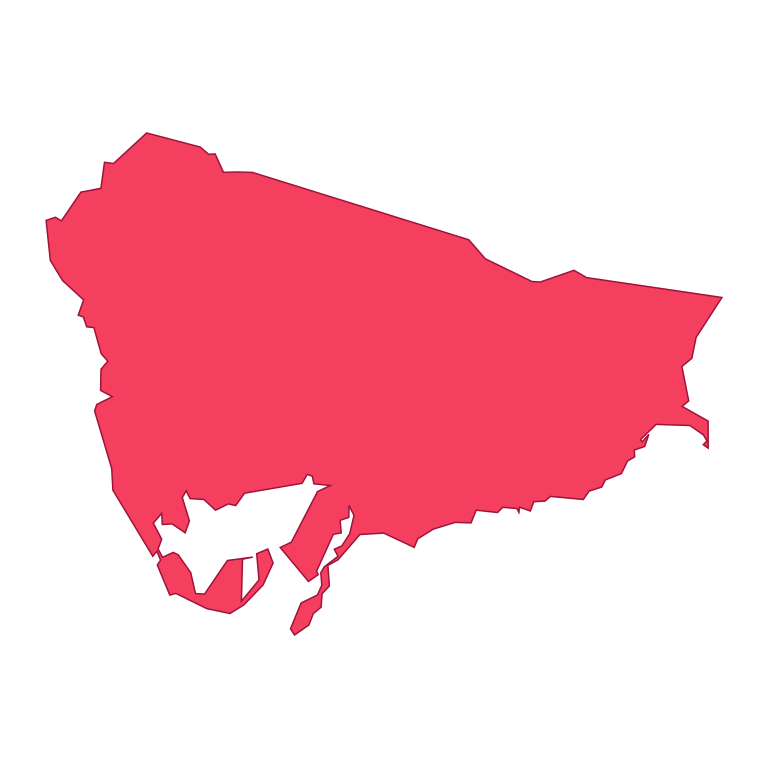 Galway City West Lea-6, Galway, Ireland (Mercator projection)
{"feature_id": "5873133B97398643420992", "entity_name": "Galway City West Lea-6", "entity_type": "district", "adm_level": 2, "iso_a3": "IRL", "parent_name": "Ireland", "parent_adm1": "Galway", "projection": "mercator", "projection_center": [-9.109, 53.266], "detail": "fine", "context": "isolated", "style": "filled", "palette": "rose", "viewbox_px": 768, "rotation_deg": 0, "n_neighbors": 0, "source": "geoboundaries", "source_scale": "gbopen_adm2", "svg_char_len": 1967}
<svg xmlns="http://www.w3.org/2000/svg" viewBox="0 0 768 768"><path d="M169.8,595.1L175.8,593.4L207.0,608.7L230.0,613.5L244.0,604.8L263.1,584.9L273.1,563.1L267.8,549.0L256.7,553.7L259.0,579.9L241.4,601.3L242.5,559.2L252.8,557.1L227.4,560.5L204.6,594.0L195.5,593.6L190.7,572.6L178.2,554.8L173.2,552.4L162.6,557.3L158.1,549.0L161.7,539.2L153.3,523.1L161.7,513.4L162.3,524.5L172.1,523.9L185.2,532.8L189.4,520.9L182.3,497.5L186.2,490.9L190.1,498.6L204.0,499.5L215.5,510.2L228.4,503.9L235.7,505.6L244.5,493.2L302.1,483.3L307.2,474.4L312.3,476.2L313.9,483.8L330.4,485.5L317.5,491.6L291.4,542.1L280.2,547.5L308.5,581.5L318.2,574.6L316.6,571.1L333.3,534.3L341.2,532.9L340.2,520.3L348.8,517.4L349.0,505.5L354.0,515.4L349.7,533.7L341.8,545.9L334.3,549.2L338.0,556.3L324.2,566.9L320.8,572.7L321.8,585.3L317.4,595.0L301.1,603.0L290.5,628.8L294.5,635.0L308.9,625.0L313.3,613.6L321.1,607.2L322.1,593.7L329.4,586.0L327.9,565.4L338.1,559.7L359.9,534.5L383.7,533.1L414.2,547.4L417.7,538.9L433.3,529.1L455.1,522.4L471.0,522.9L476.2,510.2L497.5,512.5L502.8,507.3L516.9,508.5L518.9,512.4L519.6,507.2L530.3,511.0L533.8,501.7L545.0,501.1L550.5,496.4L583.3,499.5L589.1,491.1L601.8,487.0L605.4,479.9L621.4,473.6L627.6,460.9L634.7,456.8L634.3,450.0L644.7,446.5L648.8,434.4L642.3,441.8L640.5,439.6L656.1,424.4L689.9,425.5L703.3,434.8L707.0,440.8L703.3,444.7L708.2,448.1L708.1,421.1L682.1,406.4L688.7,400.9L681.9,366.4L691.8,358.4L696.1,337.4L721.9,297.5L586.5,277.6L574.0,270.3L540.2,282.0L531.9,281.5L485.3,258.8L468.8,239.8L252.4,172.4L237.8,172.0L223.5,172.3L215.1,153.9L208.6,154.3L200.3,147.1L146.6,133.0L113.5,163.5L104.5,162.3L100.9,188.3L80.9,192.1L61.4,220.9L55.4,217.3L46.1,220.4L50.3,260.4L62.6,280.6L83.6,299.9L78.2,315.2L83.3,317.0L86.7,326.8L93.9,327.6L101.2,353.7L107.8,361.2L101.0,369.2L100.6,390.4L112.3,396.7L96.8,404.4L94.6,410.9L111.7,468.5L112.9,490.2L152.8,556.3L156.9,551.3L160.6,560.2L157.3,565.0L169.8,595.1Z" fill="#f43f5e" stroke="#9f1239" stroke-width="1.5"/></svg>